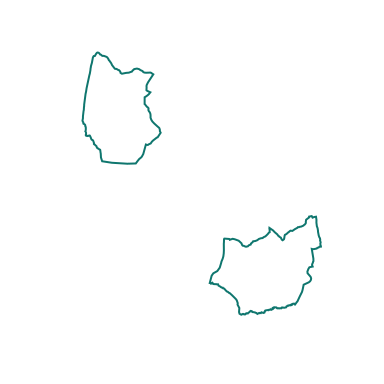 Awutu Senya East, Central, Ghana, rotated 113°
{"feature_id": "2480657B20036139360918", "entity_name": "Awutu Senya East", "entity_type": "district", "adm_level": 2, "iso_a3": "GHA", "parent_name": "Ghana", "parent_adm1": "Central", "projection": "albers", "projection_center": [-0.477, 5.487], "detail": "fine", "context": "isolated", "style": "outline", "palette": "teal", "viewbox_px": 384, "rotation_deg": 113, "n_neighbors": 0, "source": "geoboundaries", "source_scale": "gbopen_adm2", "svg_char_len": 5889}
<svg xmlns="http://www.w3.org/2000/svg" viewBox="0 0 384 384"><g transform="rotate(113 192 192)"><path d="M194.8,106.7L195.4,106.5L196.6,105.7L198.7,104.8L199.0,105.1L199.8,105.5L200.8,105.7L202.1,106.2L204.2,107.1L205.1,108.0L205.9,108.6L206.8,109.0L207.6,110.4L209.0,112.0L210.9,113.1L212.4,114.6L213.5,116.5L214.0,116.6L214.7,116.6L215.6,117.2L216.5,117.6L217.4,117.4L218.9,118.9L220.1,119.3L221.3,120.9L221.4,122.4L221.3,123.2L221.6,124.4L221.1,125.3L219.9,126.4L218.6,130.0L218.8,134.1L219.2,136.3L221.2,138.5L220.7,139.0L220.7,139.4L222.1,143.6L222.3,144.0L222.9,144.1L225.7,143.0L227.2,142.5L233.4,139.8L236.1,138.8L239.0,138.0L241.5,137.7L244.4,137.7L246.2,137.4L250.8,136.9L254.9,137.8L258.5,140.6L261.4,141.2L268.8,140.1L268.6,139.4L268.8,139.1L268.6,138.9L268.8,138.6L268.0,138.2L267.8,137.9L267.6,137.8L267.9,137.2L268.3,136.9L268.3,136.6L268.2,136.4L268.3,136.1L267.2,133.1L267.3,132.9L266.8,131.9L267.8,131.0L268.0,129.3L268.0,128.9L268.3,128.2L268.2,127.5L268.4,126.8L268.1,126.2L268.5,125.8L268.3,124.9L268.8,123.6L269.3,122.7L269.8,121.4L270.0,120.8L269.9,120.3L270.0,119.6L270.4,118.6L270.3,118.3L270.3,117.9L271.3,115.0L272.9,111.0L273.1,110.6L273.4,109.8L274.2,108.5L276.4,106.5L276.9,106.3L277.6,106.2L278.1,105.8L280.3,103.1L284.1,101.8L285.5,100.7L285.7,98.8L285.6,98.5L285.1,98.3L284.8,97.8L284.4,97.6L284.3,97.4L284.4,96.9L284.1,96.6L284.2,95.9L284.0,95.3L283.5,95.0L283.0,95.0L282.8,94.6L282.4,94.5L282.2,94.3L282.1,93.8L281.9,93.5L282.0,93.3L282.0,93.2L281.5,93.1L281.0,92.7L280.3,92.4L280.0,92.1L279.5,92.1L278.5,91.5L278.3,90.4L278.9,89.7L278.8,89.0L278.4,88.0L278.4,87.3L278.2,86.7L278.3,86.1L278.2,85.5L278.5,85.0L278.6,84.3L278.6,84.1L278.4,84.1L277.2,83.0L277.3,82.7L276.6,82.0L276.6,81.6L276.6,81.3L275.6,81.0L275.6,80.7L275.4,79.0L274.9,78.8L274.9,78.4L274.7,78.2L274.0,78.3L273.6,78.2L273.4,78.3L273.2,78.4L272.6,78.3L272.4,78.0L272.2,77.9L271.3,76.5L270.9,75.8L270.9,75.3L270.6,75.1L270.1,74.9L269.9,74.2L269.5,73.9L269.5,73.3L269.1,73.3L269.2,72.9L269.1,72.7L268.9,72.6L268.3,71.9L267.9,71.9L267.6,72.1L267.5,71.8L267.1,71.6L267.1,71.4L266.9,71.3L266.7,71.7L266.6,71.9L266.0,71.4L265.3,69.3L265.4,68.8L265.7,68.6L265.8,68.3L265.6,67.5L265.2,67.1L265.2,66.5L264.9,65.9L264.7,65.8L264.2,64.4L263.4,64.3L263.3,63.7L263.1,63.4L262.8,63.3L262.7,62.6L262.6,62.3L262.6,62.0L261.4,60.3L260.4,60.3L260.1,59.9L259.4,59.7L259.4,59.4L259.3,59.1L259.1,58.9L258.5,58.6L258.4,58.2L258.2,58.0L257.4,57.2L257.7,57.1L257.8,57.0L257.1,56.0L256.8,55.9L256.1,56.1L255.4,55.4L254.9,54.5L255.2,54.2L255.2,53.9L255.4,53.7L255.4,53.2L253.3,52.7L252.6,52.6L251.6,52.2L246.0,52.0L241.0,51.7L238.7,52.0L233.7,53.0L229.5,49.2L228.0,48.4L226.3,48.2L224.9,48.6L223.7,49.7L221.6,53.9L220.1,54.7L217.2,54.8L215.4,54.5L213.5,51.8L212.3,53.0L210.9,53.2L209.8,53.1L209.0,53.3L208.2,53.2L205.8,54.3L197.6,59.5L197.5,58.7L196.9,57.4L195.3,55.1L194.4,54.8L193.6,53.7L192.5,53.3L192.0,52.0L191.6,52.1L190.5,53.1L189.4,53.7L188.1,53.9L186.5,55.2L185.9,55.3L184.6,56.1L184.1,56.9L182.6,58.3L179.3,60.5L178.4,60.9L176.2,62.3L174.7,63.7L171.6,65.5L168.9,66.6L166.3,68.2L167.3,69.8L168.5,71.0L167.4,72.4L168.9,74.6L169.7,74.3L172.9,76.1L175.0,75.6L175.8,75.2L176.5,75.1L177.9,75.5L178.4,75.9L179.4,76.3L181.2,78.0L182.0,79.3L182.6,79.8L182.9,80.7L183.9,81.1L185.9,82.7L188.6,84.4L189.1,86.2L190.0,86.8L190.6,87.0L191.5,87.6L193.9,88.7L195.1,89.7L195.9,89.7L198.6,89.0L199.6,88.9L201.0,89.7L200.8,90.7L199.3,92.4L199.1,94.0L198.7,94.7L198.6,95.5L197.7,96.9L196.7,100.1L196.3,101.0L195.7,102.4L194.8,106.7ZM198.8,286.7L196.4,277.2L191.2,262.5L187.7,254.9L184.8,254.2L182.3,253.5L180.2,252.4L179.1,252.0L176.1,251.7L166.3,253.0L166.2,251.6L165.8,250.9L164.7,250.2L163.5,249.0L161.4,248.6L159.7,247.9L156.5,246.1L155.8,245.8L155.1,245.0L149.7,244.0L148.6,245.3L147.3,245.9L146.2,246.8L145.8,247.3L145.1,249.5L143.7,253.5L142.6,256.0L141.9,257.0L141.3,257.8L139.9,259.1L139.6,259.3L138.3,259.8L136.9,260.5L135.9,261.2L134.8,262.5L134.6,263.1L133.9,263.9L133.3,264.3L132.4,264.5L131.8,264.9L131.3,266.0L131.3,266.4L130.7,267.7L129.5,269.8L129.5,270.0L123.3,272.6L121.6,271.4L120.0,270.5L118.7,269.9L116.5,269.3L116.4,272.7L116.1,273.7L113.4,274.7L112.2,275.3L111.1,275.5L108.1,275.3L98.8,273.6L98.6,274.8L98.3,276.1L98.3,276.9L100.1,280.7L100.6,282.2L100.7,283.5L100.5,284.0L100.0,284.8L100.0,285.0L100.0,285.9L99.9,287.4L99.7,288.1L99.6,288.8L99.9,290.9L101.3,293.0L101.5,293.2L101.9,293.5L102.6,293.6L103.2,294.1L103.5,294.2L104.1,294.2L104.7,294.4L105.7,295.6L106.5,296.4L106.9,296.9L108.1,299.2L110.5,302.7L110.3,304.3L109.7,304.7L109.1,305.3L108.7,306.0L108.4,306.8L108.5,306.9L108.5,307.6L108.2,309.6L108.7,310.9L108.5,311.5L106.4,315.2L105.2,316.5L104.4,317.6L104.1,318.3L103.3,319.4L103.2,320.0L102.7,320.5L102.3,321.0L102.0,321.2L101.2,322.7L101.0,323.3L101.1,325.8L101.2,326.5L101.6,327.3L101.7,328.0L101.2,329.3L101.3,330.3L101.1,330.7L100.8,331.0L100.4,332.0L100.3,332.4L100.6,333.6L101.2,334.0L102.5,334.3L104.8,334.6L105.3,335.6L106.8,335.8L112.3,334.6L115.6,334.2L117.0,333.8L117.7,333.7L119.6,333.1L123.0,332.3L124.6,332.1L137.6,329.6L141.1,328.7L143.3,328.3L153.7,325.4L155.2,324.8L155.8,324.7L158.9,323.6L159.7,323.5L164.8,322.0L166.8,321.2L169.1,320.7L169.4,320.5L169.6,320.2L170.0,319.9L170.4,319.2L171.5,318.7L171.6,318.3L171.6,317.5L171.8,316.9L172.3,316.3L173.2,315.9L173.6,315.3L174.0,315.0L174.5,314.9L175.1,314.5L176.2,314.1L177.0,313.9L177.9,313.8L178.0,313.5L178.3,313.2L179.0,312.6L180.3,312.1L181.0,312.1L181.3,311.9L181.6,311.3L181.2,311.0L181.3,310.0L180.9,309.4L180.3,308.9L180.1,308.6L180.0,308.4L180.0,308.1L181.2,306.7L182.7,305.3L183.0,304.8L183.1,304.5L183.0,304.0L183.2,303.3L183.4,303.0L185.3,301.3L186.1,301.1L186.3,300.8L186.3,300.2L186.9,298.7L187.0,298.3L187.2,297.8L188.3,296.9L188.5,296.3L188.7,295.9L188.6,295.3L189.0,294.0L189.0,293.1L189.2,292.9L191.4,291.6L192.3,291.0L195.8,289.3L198.8,286.7Z" fill="none" stroke="#0f766e" stroke-width="2"/></g></svg>